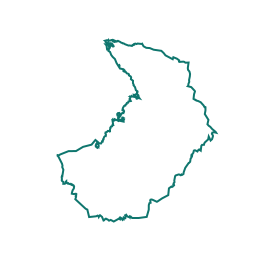 Halden nor, Østfold, Norway (Equal Earth projection), rotated 69°
{"feature_id": "86288312B70342807980905", "entity_name": "Halden nor", "entity_type": "district", "adm_level": 2, "iso_a3": "NOR", "parent_name": "Norway", "parent_adm1": "Østfold", "projection": "equal_earth", "projection_center": [11.486, 59.068], "detail": "fine", "context": "isolated", "style": "outline", "palette": "teal", "viewbox_px": 256, "rotation_deg": 69, "n_neighbors": 0, "source": "geoboundaries", "source_scale": "gbopen_adm2", "svg_char_len": 5872}
<svg xmlns="http://www.w3.org/2000/svg" viewBox="0 0 256 256"><g transform="rotate(69 128 128)"><path d="M164.0,47.4L163.0,47.6L159.1,49.8L156.3,50.8L154.9,51.8L153.0,52.5L149.2,50.0L142.5,51.3L139.4,49.4L136.8,48.4L136.5,48.7L136.1,48.4L135.5,49.2L134.2,49.3L130.0,50.9L127.9,52.9L127.0,54.2L126.1,54.7L126.2,54.9L124.3,56.4L120.1,54.2L117.9,52.4L117.2,52.4L112.5,54.3L110.4,57.2L110.1,56.6L108.5,55.8L106.9,54.3L105.1,53.8L102.2,51.9L99.8,50.7L97.3,50.4L95.2,51.1L93.5,50.7L88.6,48.0L87.6,51.0L86.4,51.8L85.9,52.5L84.7,56.4L84.3,56.6L83.2,56.0L80.8,57.5L78.2,60.3L79.8,61.6L73.6,67.0L70.9,67.8L67.9,69.2L64.1,76.0L61.2,79.0L59.7,82.2L57.3,84.2L54.4,84.6L54.5,85.0L52.6,88.8L52.7,89.9L51.8,91.0L51.8,92.3L52.5,92.4L52.5,93.8L52.2,94.1L52.8,94.9L51.5,96.9L51.2,98.0L48.6,100.9L47.5,101.7L47.2,102.5L46.6,102.8L46.0,103.7L44.9,104.4L43.0,106.2L42.9,106.8L43.3,107.5L42.3,108.5L43.0,108.3L42.8,109.9L42.6,110.1L41.9,110.1L41.6,110.3L41.8,110.7L41.3,111.1L40.2,111.0L40.0,111.7L40.5,111.9L40.2,111.9L39.7,114.8L39.3,114.8L39.7,115.2L38.5,116.0L38.3,118.1L38.6,117.9L39.7,118.1L41.0,117.0L42.0,115.8L42.3,114.5L42.7,114.5L43.2,112.8L44.6,112.4L45.1,112.5L45.0,112.9L45.8,112.1L46.6,112.2L46.6,112.8L45.3,113.6L45.0,115.2L45.8,116.0L46.5,116.1L47.2,117.2L46.8,117.4L45.9,116.4L45.0,116.6L44.0,115.8L43.3,116.5L42.8,116.5L42.5,117.2L42.7,117.4L42.4,117.5L41.8,119.0L43.3,118.5L47.3,119.4L47.9,118.6L47.3,117.8L47.5,117.8L47.9,117.8L49.1,118.6L50.6,117.5L53.8,117.5L56.2,116.8L58.9,115.5L63.3,115.4L66.4,114.8L65.9,114.5L66.4,113.9L66.3,113.6L67.0,113.6L68.0,114.4L69.6,114.2L71.2,111.7L71.7,111.6L71.7,111.1L73.3,110.4L72.7,111.0L72.9,111.3L72.4,111.6L73.1,111.7L73.3,111.4L73.4,111.7L73.9,111.4L73.8,110.9L73.5,110.8L74.4,110.7L74.8,110.0L76.5,109.6L77.5,108.3L78.2,107.9L79.2,108.3L80.9,107.0L81.8,106.9L83.5,107.8L85.6,106.4L87.9,107.3L89.8,107.2L90.1,107.5L92.4,106.8L95.5,107.1L97.2,106.0L97.8,106.2L97.9,106.8L99.3,107.3L101.2,106.6L101.8,106.7L99.8,107.7L99.3,108.3L99.4,109.2L99.9,109.5L99.1,110.7L100.0,110.8L101.5,109.7L102.1,108.8L102.1,107.3L101.4,106.9L101.9,106.8L102.1,107.2L104.4,106.6L103.7,107.4L103.9,108.8L103.5,110.2L103.4,109.6L102.1,109.5L100.1,112.8L99.4,113.1L99.8,113.9L99.6,114.2L99.8,114.2L99.7,114.8L100.0,114.6L100.6,115.0L101.4,115.8L101.5,116.2L102.2,116.3L102.5,115.8L103.8,115.7L103.4,118.1L104.4,118.8L104.2,120.0L104.7,120.7L105.3,120.9L105.5,122.1L106.1,122.5L105.9,122.9L106.1,123.9L107.4,125.5L108.5,126.3L109.2,126.2L109.0,126.5L109.3,126.8L109.6,126.6L109.6,125.8L110.8,125.6L111.6,126.0L111.9,126.8L112.4,127.0L111.9,127.9L112.7,129.2L112.7,129.5L113.4,130.1L113.5,130.5L113.2,130.7L113.6,130.8L112.8,131.2L112.4,130.6L111.8,130.4L110.8,130.7L110.5,132.1L111.1,133.1L112.7,133.4L113.3,132.9L113.1,132.5L114.9,132.4L115.4,133.4L115.2,133.7L116.2,134.1L117.0,133.5L117.7,131.8L117.7,130.6L116.9,129.9L116.4,129.0L117.1,128.5L117.2,129.1L117.6,129.4L118.7,128.8L118.9,129.1L118.7,129.7L118.9,130.0L119.7,129.5L120.5,129.8L118.5,132.8L118.1,133.6L118.1,134.4L117.3,134.9L115.5,136.8L115.8,136.8L116.0,137.3L115.5,138.0L115.8,138.3L114.8,138.9L115.8,139.4L115.4,139.8L118.9,140.5L119.1,141.0L120.0,140.8L120.0,141.5L120.6,142.1L120.5,142.8L120.8,142.9L120.8,143.6L121.3,144.4L122.1,144.5L122.7,145.3L124.7,146.0L124.7,146.4L124.0,146.9L123.5,147.9L124.1,149.0L124.0,149.6L124.4,150.2L124.2,150.6L124.9,151.1L126.5,151.0L127.4,151.6L127.2,151.8L127.7,153.3L129.1,154.6L129.9,154.9L130.4,155.7L130.7,155.7L130.5,155.8L131.0,156.1L130.8,156.2L131.1,157.1L131.8,157.3L132.8,158.8L131.8,160.4L131.9,161.0L132.5,161.5L134.4,161.8L135.0,162.3L135.1,162.7L134.7,162.8L135.3,162.8L135.1,163.1L135.5,163.3L135.6,163.7L133.8,164.7L133.3,164.3L132.8,164.4L131.7,163.5L131.8,163.2L131.3,162.9L131.1,162.3L130.2,161.9L130.4,161.6L130.2,161.2L127.5,162.7L130.5,168.0L129.5,176.7L130.9,184.8L128.3,191.8L128.4,200.9L128.6,201.6L128.6,202.6L128.1,203.4L128.7,203.7L129.9,203.2L137.7,202.4L139.9,202.7L140.8,203.4L143.8,203.3L148.6,206.1L148.7,206.5L149.6,206.7L149.5,207.1L150.0,207.5L152.1,208.0L153.0,208.6L154.0,208.5L155.3,207.6L156.9,208.4L157.4,207.2L157.3,206.1L155.8,205.2L155.6,204.7L156.5,205.0L157.7,204.4L158.0,203.7L158.6,203.8L158.8,203.2L160.0,201.8L159.7,201.3L160.4,200.7L160.9,200.8L161.0,200.2L161.5,200.1L161.8,199.6L162.4,199.6L162.5,199.3L163.4,199.3L165.1,200.3L166.3,202.0L168.4,203.6L169.2,204.0L170.2,202.4L170.7,200.2L171.1,199.9L172.4,200.6L172.8,201.3L173.6,201.1L175.6,202.7L188.2,196.5L189.6,195.2L197.2,196.2L199.0,189.4L198.9,187.8L199.7,187.2L200.6,187.2L199.4,185.8L199.4,185.4L201.7,184.1L205.6,184.0L205.6,183.4L204.8,182.0L204.7,181.1L205.5,180.6L205.9,179.9L207.7,178.9L207.6,177.1L210.2,174.8L209.4,169.3L210.3,168.3L208.9,168.0L208.6,167.4L210.2,166.2L210.7,166.4L211.8,166.0L211.4,165.4L211.6,165.0L210.9,164.6L211.2,164.5L210.7,164.2L211.1,164.1L211.3,162.9L210.4,162.6L210.2,162.2L208.5,162.0L208.5,161.8L208.8,161.6L208.4,160.8L210.3,160.3L211.1,159.6L211.7,158.9L211.3,158.4L212.2,158.2L211.5,157.6L211.5,157.3L213.5,156.4L215.9,150.1L217.7,142.4L211.7,137.9L207.4,136.2L205.8,134.9L205.9,133.7L203.5,133.2L203.0,132.7L203.1,131.8L203.7,130.9L207.2,127.5L207.2,127.0L205.9,121.3L205.1,114.5L199.0,111.4L198.2,108.5L198.8,108.1L198.7,107.2L198.4,107.0L198.1,105.7L197.1,105.9L196.9,105.3L196.0,105.3L195.2,104.0L193.6,103.6L189.9,101.3L189.4,100.5L189.5,97.5L189.7,96.9L191.0,95.7L190.7,95.1L191.0,95.1L191.2,94.3L190.8,92.7L189.3,91.9L185.7,88.8L182.4,83.9L182.5,83.6L181.8,82.1L179.0,80.5L178.4,79.5L177.5,78.8L176.9,79.0L176.5,78.7L177.0,78.2L176.3,77.8L175.6,77.9L175.5,77.3L174.5,75.8L172.9,74.8L172.6,74.2L172.9,73.3L174.8,71.6L173.9,70.5L173.6,69.6L173.9,69.4L173.7,69.1L175.2,68.2L170.9,65.9L170.3,64.9L170.9,63.1L169.8,62.4L169.0,61.4L167.4,57.3L164.9,55.7L169.3,55.4L168.6,53.6L166.4,51.8L165.4,51.4L163.5,51.8L162.5,50.9L163.0,48.8L164.0,47.4Z" fill="none" stroke="#0f766e" stroke-width="2"/></g></svg>